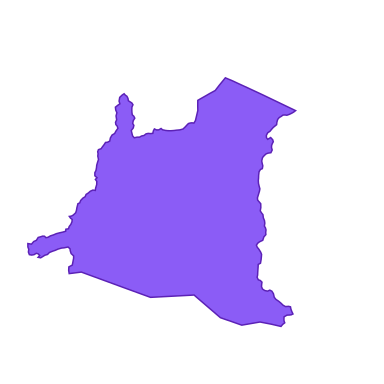 Madalena, Ceará, Brazil (Natural Earth projection), rotated 200°
{"feature_id": "56859067B9185631320714", "entity_name": "Madalena", "entity_type": "district", "adm_level": 2, "iso_a3": "BRA", "parent_name": "Brazil", "parent_adm1": "Ceará", "projection": "natural_earth1", "projection_center": [-39.486, -4.884], "detail": "fine", "context": "isolated", "style": "filled", "palette": "violet", "viewbox_px": 384, "rotation_deg": 200, "n_neighbors": 0, "source": "geoboundaries", "source_scale": "gbopen_adm2", "svg_char_len": 3670}
<svg xmlns="http://www.w3.org/2000/svg" viewBox="0 0 384 384"><g transform="rotate(200 192 192)"><path d="M122.5,303.9L158.9,307.5L171.5,308.6L187.2,309.9L191.6,310.3L199.7,310.7L201.7,305.0L202.9,301.6L204.9,295.3L209.4,290.2L211.8,287.3L216.0,282.4L217.9,280.1L216.0,274.7L214.4,270.6L213.2,260.3L213.8,257.4L215.7,257.0L217.3,256.2L218.8,255.1L219.7,253.1L220.7,250.7L222.0,248.1L224.7,246.2L227.7,244.8L230.0,243.6L232.9,242.3L235.5,241.4L237.9,240.8L241.0,240.4L242.8,241.1L244.5,239.0L246.6,238.2L248.9,238.4L249.2,236.2L248.9,233.7L250.9,232.7L253.2,232.1L255.1,230.9L256.4,228.7L258.4,227.5L260.2,225.5L262.3,224.8L264.8,223.2L267.0,224.4L268.7,226.9L270.1,229.0L269.1,232.1L269.4,234.7L271.2,236.2L271.6,239.0L271.0,241.8L272.6,243.3L274.5,244.1L275.7,246.3L276.8,249.0L277.5,251.3L277.3,253.8L279.0,255.1L281.3,255.6L283.0,256.0L284.2,258.1L285.9,259.7L287.8,260.2L289.4,261.1L290.8,259.2L292.3,256.2L291.6,252.4L289.9,250.2L291.3,248.3L293.0,245.5L291.7,242.9L289.7,240.8L289.4,237.5L287.5,234.1L287.7,231.3L286.6,229.3L284.8,228.3L283.4,226.5L284.3,223.3L284.7,220.5L286.6,218.2L287.2,214.9L286.7,211.7L288.5,209.8L290.2,209.0L290.8,206.4L291.6,203.9L292.2,201.6L294.4,199.8L294.4,197.6L293.4,195.9L292.8,193.5L291.0,190.6L290.9,187.5L290.7,184.6L290.1,182.3L289.6,179.4L289.9,176.9L288.8,174.0L286.1,172.9L287.1,170.8L285.1,169.4L284.1,166.4L283.9,162.7L283.4,160.4L285.8,159.9L287.8,158.0L289.1,155.6L290.7,153.5L290.8,151.0L292.4,149.0L293.7,146.0L293.8,143.3L295.2,142.0L295.0,140.0L294.8,137.9L294.3,135.2L294.2,132.7L295.7,129.7L297.1,128.1L298.9,127.1L297.2,125.9L295.2,125.2L294.6,122.9L294.8,120.0L295.6,117.6L295.5,115.2L297.8,113.9L297.3,111.9L299.6,110.2L302.7,108.2L305.3,106.4L307.4,104.4L310.1,102.3L311.8,100.2L313.7,99.1L315.4,100.0L317.2,99.5L319.0,98.1L321.0,96.7L321.7,93.4L323.8,91.3L325.0,88.1L328.6,87.4L327.4,84.2L325.8,82.3L325.2,79.6L323.4,77.5L321.1,77.9L319.0,79.1L317.4,81.1L315.5,81.3L313.4,80.3L314.3,78.0L311.7,78.4L310.0,80.5L308.6,82.3L306.4,83.9L305.3,86.4L302.6,88.8L300.7,90.3L298.4,92.5L295.4,94.7L292.9,95.9L289.7,97.9L287.2,96.9L286.3,95.1L284.5,92.8L281.4,91.5L280.6,89.3L280.1,86.3L279.5,82.4L282.1,79.5L281.1,76.2L279.5,73.3L268.6,78.9L221.4,78.8L215.1,78.8L195.0,78.8L158.5,94.3L154.8,95.9L152.8,95.1L122.3,83.6L115.0,83.7L112.3,83.8L109.6,83.8L99.7,83.9L83.6,93.1L72.3,94.9L62.4,96.1L61.5,98.6L60.1,100.8L61.4,102.3L62.2,104.1L62.8,106.2L60.6,108.8L58.4,109.7L56.8,110.5L55.4,111.9L57.4,113.9L59.0,115.8L60.2,117.8L62.1,117.6L65.0,116.3L67.8,116.8L70.2,117.9L73.2,119.0L76.4,119.8L78.7,121.2L80.7,124.3L83.0,126.1L85.3,126.4L87.1,124.7L89.9,124.3L92.5,124.9L94.3,126.8L94.9,128.9L95.4,131.2L97.5,132.2L99.7,132.2L101.7,134.2L101.9,136.3L102.7,138.8L103.4,141.2L104.2,144.0L105.0,146.6L103.3,148.5L103.9,151.9L104.6,154.7L105.3,157.2L106.9,159.0L109.6,161.1L111.9,162.5L113.3,164.1L112.7,166.4L111.5,168.3L109.0,170.8L109.1,174.4L108.0,177.2L108.9,179.2L109.5,181.7L110.7,183.4L112.3,184.7L112.9,187.6L114.1,189.9L116.1,192.1L117.6,195.0L119.3,196.0L121.4,197.6L122.0,200.9L123.4,204.5L127.5,206.8L128.5,208.8L128.7,212.5L128.9,216.0L129.3,218.2L131.0,220.6L132.4,222.7L133.6,225.4L134.2,227.8L135.1,230.5L135.9,233.9L135.4,236.6L133.9,238.0L134.4,240.8L135.7,242.7L137.1,245.0L137.5,248.5L136.5,251.1L135.3,253.3L133.7,254.6L131.3,255.9L131.0,258.9L132.5,261.0L133.1,262.9L133.1,264.9L132.8,267.0L134.0,268.7L136.7,270.1L138.9,267.4L140.6,268.5L141.5,270.6L141.1,273.6L139.5,275.7L138.7,278.0L137.7,280.5L135.5,284.2L136.1,286.6L136.3,289.5L135.5,291.8L134.0,293.6L132.8,295.4L130.9,296.2L129.1,296.6L126.9,298.4L124.9,300.5L123.7,302.0L122.5,303.9Z" fill="#8b5cf6" stroke="#5b21b6" stroke-width="1.5"/></g></svg>